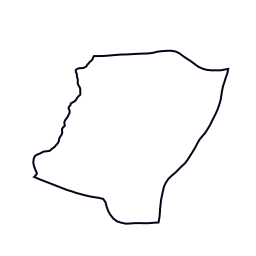 As Sa'id, Shabwah, Yemen, rotated 111°
{"feature_id": "15242507B10835252837826", "entity_name": "As Sa'id", "entity_type": "district", "adm_level": 2, "iso_a3": "YEM", "parent_name": "Yemen", "parent_adm1": "Shabwah", "projection": "mercator", "projection_center": [46.874, 14.278], "detail": "fine", "context": "isolated", "style": "outline", "palette": "ink", "viewbox_px": 256, "rotation_deg": 111, "n_neighbors": 0, "source": "geoboundaries", "source_scale": "gbopen_adm2", "svg_char_len": 2275}
<svg xmlns="http://www.w3.org/2000/svg" viewBox="0 0 256 256"><g transform="rotate(111 128 128)"><path d="M207.3,198.1L207.5,194.1L207.6,191.1L207.7,162.4L207.3,157.8L207.2,153.4L206.7,148.4L206.2,143.9L205.6,139.4L204.7,134.8L203.7,130.4L203.1,125.7L205.6,122.2L209.2,119.7L212.5,116.8L215.5,113.2L217.8,109.2L219.1,104.8L218.8,100.1L218.1,95.8L216.4,91.8L214.4,87.6L212.7,83.3L211.1,78.8L209.5,74.7L207.5,70.6L205.7,66.6L205.2,65.8L205.2,65.7L204.4,65.8L200.2,66.6L195.9,67.8L191.6,69.2L187.3,70.3L183.0,71.4L178.8,72.1L174.2,72.8L169.9,73.4L165.6,73.1L161.2,72.1L157.2,70.3L152.9,67.9L148.8,66.1L144.6,64.2L140.4,62.1L136.1,60.9L131.5,60.0L127.0,59.1L122.6,58.3L117.9,57.8L113.3,57.1L109.1,55.7L104.9,54.2L100.5,53.3L96.0,52.5L91.4,52.1L87.0,51.6L82.4,51.2L77.6,51.0L72.6,51.2L67.9,51.7L63.5,52.7L59.0,53.6L54.7,54.3L50.0,54.5L45.7,54.8L41.3,54.9L36.9,55.6L38.5,58.2L40.9,62.1L42.5,66.2L44.2,70.6L45.4,74.9L45.9,79.3L45.6,84.3L44.4,88.7L43.1,93.3L42.2,97.6L41.2,102.2L39.9,106.5L39.5,111.0L40.5,115.7L42.3,120.0L44.3,124.3L46.4,128.2L49.0,131.8L51.2,136.0L52.6,139.2L52.9,140.0L54.7,144.2L56.5,148.3L58.4,152.4L60.2,156.6L62.0,161.0L63.9,165.0L65.8,168.9L67.7,172.8L69.6,176.8L71.2,180.8L72.9,185.1L73.1,185.6L74.6,185.8L76.4,185.8L78.3,186.3L80.0,187.4L81.7,187.9L83.4,188.6L85.4,189.0L86.9,190.1L88.2,191.6L89.0,193.4L89.7,195.1L91.1,196.6L92.6,197.5L94.5,196.7L95.8,195.2L97.5,194.5L99.4,193.3L101.1,192.0L103.0,191.5L104.7,190.7L106.0,189.4L107.1,187.9L108.6,186.6L110.4,185.9L112.2,185.1L114.0,184.5L115.6,185.3L117.4,186.1L119.2,186.4L121.0,186.8L122.7,187.8L124.1,189.0L125.6,190.2L127.4,189.9L129.3,190.7L131.1,190.5L132.4,189.0L134.1,188.1L135.9,188.1L137.9,188.2L139.7,188.5L141.6,189.0L143.5,189.5L145.4,189.5L147.1,188.7L148.8,187.8L150.5,188.8L152.4,189.2L154.2,188.6L155.9,187.7L157.8,187.6L159.6,188.0L161.4,188.4L163.3,188.3L165.1,187.9L167.0,188.0L168.9,188.7L170.6,189.3L172.4,190.0L174.0,191.1L175.5,192.0L177.3,192.9L178.3,194.6L179.3,196.4L180.1,198.1L181.4,199.4L182.9,200.6L184.4,202.2L185.7,203.5L187.1,204.7L188.9,205.0L190.8,204.9L192.6,204.5L194.5,203.9L196.2,202.8L197.8,201.7L199.1,200.4L200.6,199.2L200.8,198.9L201.8,197.7L202.7,197.1L203.4,196.7L205.1,197.2L206.9,197.9L207.3,198.1Z" fill="none" stroke="#020617" stroke-width="2"/></g></svg>